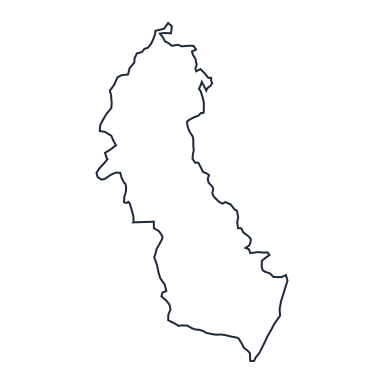 Ypsonas, Limassol, Cyprus
{"feature_id": "46923920B16741076695964", "entity_name": "Ypsonas", "entity_type": "district", "adm_level": 2, "iso_a3": "CYP", "parent_name": "Cyprus", "parent_adm1": "Limassol", "projection": "natural_earth1", "projection_center": [32.951, 34.707], "detail": "fine", "context": "isolated", "style": "outline", "palette": "slate", "viewbox_px": 384, "rotation_deg": 0, "n_neighbors": 0, "source": "geoboundaries", "source_scale": "gbopen_adm2", "svg_char_len": 2647}
<svg xmlns="http://www.w3.org/2000/svg" viewBox="0 0 384 384"><path d="M109.9,90.5L111.0,95.1L111.7,103.2L111.3,108.1L106.3,114.2L102.9,120.0L100.3,125.0L99.7,130.9L105.2,132.0L111.3,135.8L113.6,141.1L116.0,145.3L109.9,149.9L105.0,152.8L106.6,158.0L107.5,159.1L103.7,163.8L99.3,168.4L96.5,172.9L97.6,177.0L101.5,179.7L105.2,178.7L108.3,176.5L111.2,174.6L115.8,172.6L120.2,172.7L121.7,178.1L123.9,182.5L125.6,184.1L126.1,187.3L125.9,191.5L124.3,197.1L124.0,202.3L126.7,203.0L128.3,201.8L129.6,203.3L131.6,209.7L133.4,216.3L133.6,222.0L133.3,222.4L153.8,221.7L153.9,228.2L159.0,231.2L162.3,236.2L162.4,238.4L159.5,244.0L156.6,249.0L155.4,254.0L154.2,257.1L157.0,265.1L158.7,273.2L160.2,278.1L164.7,284.6L166.3,291.0L162.4,292.6L161.4,296.3L166.7,301.0L169.5,304.8L170.5,309.4L168.3,314.7L168.2,320.2L174.2,323.3L177.9,325.3L178.2,325.9L182.2,325.4L187.2,325.6L192.2,328.4L195.5,329.5L199.3,329.8L203.1,331.0L206.2,332.8L210.4,333.8L215.7,334.7L221.4,334.5L225.5,335.2L231.8,336.7L236.8,337.6L238.6,338.4L242.2,344.3L243.8,347.7L247.9,350.9L250.0,353.5L250.1,357.6L250.3,361.0L254.1,360.9L255.8,357.3L259.4,353.0L264.4,342.9L267.8,335.6L270.9,330.4L274.5,323.6L274.9,323.0L280.1,315.7L280.0,314.4L279.6,309.2L280.0,307.0L281.0,301.4L287.5,280.6L285.9,275.1L281.8,277.0L281.5,277.1L273.5,277.0L270.0,273.4L265.6,272.0L262.7,270.3L261.7,266.6L261.9,260.7L265.5,257.8L269.5,255.0L267.5,252.4L263.7,252.6L258.4,252.1L250.4,253.1L248.8,249.2L245.5,247.9L249.2,245.5L250.6,241.9L250.7,238.7L247.8,235.7L243.3,232.5L241.4,228.3L238.1,228.2L237.2,222.2L238.2,217.3L236.9,210.6L234.7,209.6L230.5,204.3L225.1,202.1L222.6,203.7L219.0,201.8L213.9,196.8L212.3,193.4L213.2,188.6L211.8,186.0L208.7,182.8L207.7,178.8L209.0,175.2L207.6,173.9L203.0,171.9L198.6,163.2L197.8,162.6L195.2,162.8L192.5,158.8L192.9,154.1L193.8,150.4L193.3,146.1L193.3,141.3L193.2,138.3L192.4,135.9L190.4,133.0L188.8,130.0L187.3,125.3L187.1,121.5L189.6,119.6L194.8,116.9L198.5,115.6L200.8,113.1L203.5,112.9L203.8,110.4L203.8,106.7L203.8,102.6L202.9,98.3L202.2,96.2L201.6,94.1L200.6,91.1L199.0,88.8L201.0,84.4L201.8,81.9L206.3,90.6L207.3,88.2L210.6,85.7L212.2,83.1L211.0,80.5L211.1,77.8L208.3,77.8L204.7,73.4L200.5,69.1L196.1,71.3L195.4,68.8L196.7,64.6L195.3,58.6L193.0,55.0L191.9,51.5L196.0,49.5L193.6,45.9L189.8,45.7L181.7,46.3L177.9,44.8L171.6,45.8L168.8,43.3L164.9,41.3L163.2,37.8L159.9,33.6L164.2,33.0L171.0,33.3L171.8,26.2L168.1,23.0L164.1,28.7L155.4,30.8L155.1,34.2L152.8,40.3L150.9,44.1L147.8,47.8L144.5,48.8L141.8,52.1L136.8,53.5L134.6,58.3L134.3,62.6L129.6,68.2L128.0,74.5L121.6,75.2L117.4,77.4L114.5,84.2L110.8,89.5L109.9,90.5Z" fill="none" stroke="#1e293b" stroke-width="2"/></svg>